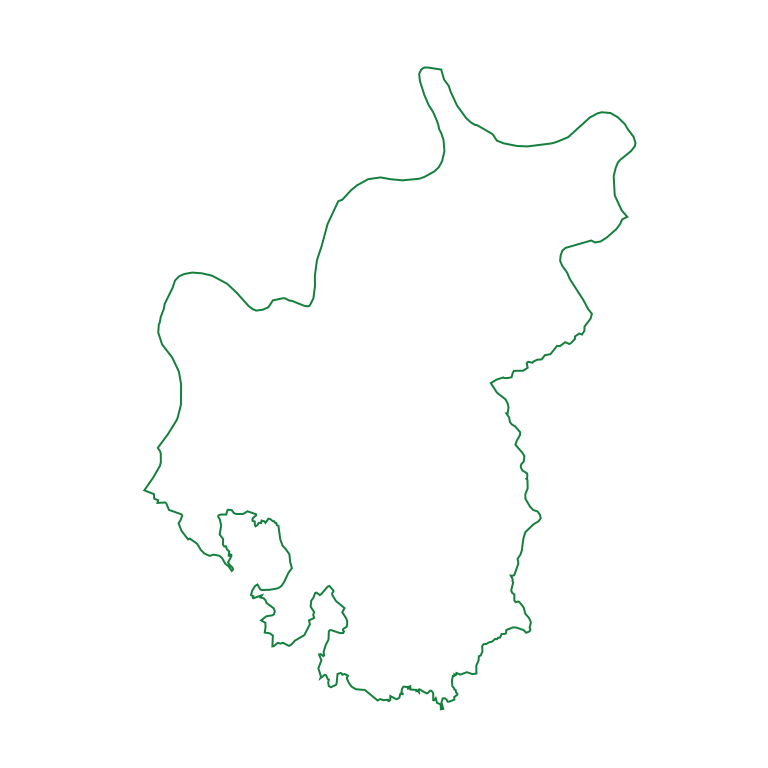 Narayanganj, Dhaka, Bangladesh (Natural Earth projection), rotated 185°
{"feature_id": "16705992B28796010313895", "entity_name": "Narayanganj", "entity_type": "district", "adm_level": 2, "iso_a3": "BGD", "parent_name": "Bangladesh", "parent_adm1": "Dhaka", "projection": "natural_earth1", "projection_center": [90.594, 23.715], "detail": "fine", "context": "isolated", "style": "outline", "palette": "green", "viewbox_px": 768, "rotation_deg": 185, "n_neighbors": 0, "source": "geoboundaries", "source_scale": "gbopen_adm2", "svg_char_len": 6082}
<svg xmlns="http://www.w3.org/2000/svg" viewBox="0 0 768 768"><g transform="rotate(185 384 384)"><path d="M603.8,300.6L601.2,297.5L600.3,295.2L599.5,286.4L600.1,282.9L605.8,270.6L613.5,257.2L603.6,254.2L602.9,249.7L598.9,248.5L599.3,245.8L591.6,246.9L590.3,245.7L587.2,239.8L574.4,236.5L573.6,235.1L574.7,230.9L576.5,227.4L573.1,220.3L565.6,212.1L564.0,213.1L556.2,208.5L552.1,202.8L548.2,199.5L542.8,197.6L538.8,199.1L533.3,198.6L530.4,196.8L526.3,191.0L523.0,188.9L519.3,184.5L518.3,186.1L519.0,188.0L521.8,190.1L523.8,192.7L521.1,199.0L521.2,200.6L522.2,200.8L523.1,199.3L523.8,199.5L523.6,203.7L526.1,205.6L527.3,208.5L528.9,208.2L530.5,210.0L530.7,215.4L534.6,219.8L533.9,228.9L535.8,234.9L537.6,237.2L537.5,238.7L535.3,239.7L529.8,240.2L529.0,244.5L528.3,245.2L524.6,245.0L522.3,242.3L519.9,241.6L512.9,242.3L508.9,245.3L500.1,243.1L499.9,242.0L502.8,239.2L503.3,237.1L502.9,236.1L500.8,235.8L500.3,232.1L499.6,231.1L497.8,232.3L496.7,234.8L494.2,234.9L494.1,237.3L491.1,236.7L490.0,235.4L487.4,239.8L485.2,239.4L483.0,237.7L481.5,237.7L480.6,236.3L479.1,236.1L478.5,234.0L476.8,233.5L473.8,220.2L470.9,214.0L467.6,211.1L463.4,206.1L461.9,198.3L459.7,192.5L462.8,187.5L466.1,178.3L468.5,174.0L470.3,172.3L472.6,171.0L479.7,169.1L487.6,168.1L489.2,168.5L492.6,173.2L494.9,171.5L497.3,166.6L498.1,162.1L495.7,161.2L496.1,159.6L495.4,159.2L487.3,162.9L488.5,160.6L485.2,160.0L483.3,158.3L481.8,155.5L474.4,151.0L473.0,148.2L473.5,145.0L474.9,143.9L481.0,142.3L485.8,137.8L481.4,135.8L480.8,131.5L481.2,126.0L476.2,125.7L472.8,123.8L472.3,112.9L471.0,113.2L467.4,116.8L464.5,116.4L462.2,117.4L455.8,114.8L453.5,116.5L450.2,120.7L441.5,126.9L436.9,138.2L438.1,142.0L433.2,144.8L434.4,148.0L433.7,150.7L437.7,155.8L437.6,161.8L435.8,164.7L434.3,169.8L433.1,170.3L429.6,168.1L428.2,169.2L422.5,177.2L420.8,178.1L416.6,174.0L416.2,173.0L417.4,170.9L417.2,169.4L412.9,163.6L403.8,157.3L405.7,153.0L401.0,146.9L400.0,144.3L399.7,141.1L400.1,138.9L403.3,136.4L403.3,134.8L402.3,134.0L402.9,132.4L406.1,132.0L415.1,134.2L416.5,134.0L417.4,132.8L417.0,124.5L419.3,119.0L420.8,111.8L420.0,108.3L420.8,107.6L423.4,109.4L425.1,108.9L422.3,103.3L424.6,95.0L421.3,87.0L421.7,85.4L417.8,89.0L416.3,88.8L414.4,85.3L413.2,84.8L413.6,81.9L412.7,78.3L410.5,77.3L405.7,80.0L405.1,81.7L405.0,91.1L402.2,92.3L401.2,92.1L400.1,90.7L397.9,91.7L394.4,90.2L395.4,88.4L395.1,86.8L392.9,83.1L389.8,79.6L385.4,77.5L376.4,77.5L362.8,68.2L360.2,69.8L357.2,69.0L352.4,69.8L352.0,68.6L351.0,68.8L350.2,69.9L350.5,73.7L344.3,71.1L343.0,71.6L341.4,72.8L340.8,76.5L338.4,76.6L338.4,77.4L339.8,78.1L339.5,81.8L338.3,84.2L334.0,84.2L333.6,82.6L332.9,82.8L332.9,84.5L331.5,85.3L330.9,81.9L325.1,82.1L325.0,80.8L323.7,81.2L322.3,79.9L322.8,82.5L322.2,83.0L314.7,79.5L313.3,80.1L311.6,82.4L310.6,82.6L309.4,82.0L308.0,80.1L307.4,73.4L306.5,73.3L305.1,75.5L303.4,71.0L299.6,69.7L299.0,64.9L296.7,65.5L299.0,71.7L298.1,75.9L295.9,76.2L294.1,75.0L292.9,73.0L291.5,73.2L286.4,75.7L286.7,78.4L283.9,80.7L283.9,81.9L285.2,82.8L286.0,85.4L287.3,85.8L287.6,87.0L289.6,88.9L290.5,94.7L289.9,99.2L288.6,99.3L288.6,100.9L287.5,100.2L286.6,100.7L286.6,102.4L282.5,101.2L276.4,104.1L270.6,102.7L266.7,103.6L267.5,111.5L265.7,116.8L265.8,121.1L264.1,121.9L262.6,126.0L263.4,131.3L262.3,133.4L259.4,134.0L257.0,135.7L253.8,136.8L251.0,139.8L249.3,139.6L248.3,141.2L246.3,141.4L245.1,145.1L241.5,145.7L240.7,146.5L240.7,149.6L234.2,152.8L231.0,152.9L223.4,151.0L220.7,148.6L217.5,150.2L216.7,152.0L217.7,153.9L216.9,158.8L217.4,160.5L219.4,163.9L223.1,167.3L225.5,173.7L230.2,178.6L231.4,179.0L233.7,178.1L235.3,179.7L235.8,185.7L238.1,187.1L239.3,189.3L238.0,197.7L238.8,198.6L238.8,200.7L241.0,204.2L239.0,204.2L237.5,205.2L234.8,215.6L234.5,217.1L235.7,221.4L233.3,225.8L232.2,230.2L231.7,242.1L230.3,248.7L223.0,257.1L217.8,261.0L216.2,264.1L217.2,267.3L219.9,270.4L224.4,271.5L227.9,274.6L233.1,282.0L233.6,286.5L231.8,292.5L232.7,300.8L233.9,302.0L233.2,302.4L233.3,306.2L233.9,307.6L238.6,309.9L240.3,312.6L240.6,314.3L240.2,316.1L238.0,319.0L237.9,324.5L240.3,327.7L247.8,334.9L246.9,338.9L244.1,344.9L244.1,347.8L249.8,353.3L253.2,354.9L255.3,357.2L256.4,361.6L259.6,365.4L258.3,365.6L257.9,371.5L258.9,375.0L261.6,379.3L270.7,385.2L277.7,394.2L272.2,398.2L265.8,400.9L264.8,400.4L261.5,400.7L257.5,401.8L256.7,406.4L255.7,408.4L246.4,409.4L242.3,412.7L243.7,417.2L242.3,418.7L237.9,418.1L237.3,419.3L233.3,421.6L229.1,422.2L226.3,426.7L220.8,428.2L214.9,437.1L212.1,437.0L207.2,441.4L202.9,440.0L201.4,441.0L197.7,445.6L198.0,447.9L193.9,451.3L191.1,450.5L189.0,454.5L189.2,458.8L183.9,467.1L183.0,472.0L187.0,476.3L192.6,484.8L208.2,505.0L211.2,510.8L216.9,517.5L219.3,522.0L219.2,527.5L218.0,532.3L215.1,535.4L190.1,545.0L186.1,543.4L180.6,544.9L174.8,549.4L165.9,558.7L162.6,564.2L161.1,568.7L156.2,571.7L162.4,577.7L170.6,592.1L173.3,611.1L172.0,619.6L170.3,625.1L168.2,627.9L158.0,637.8L154.7,643.1L154.5,646.1L157.0,652.1L163.6,659.4L166.6,663.8L174.3,670.1L182.0,673.7L190.8,673.7L195.1,672.1L202.1,667.5L222.1,645.9L233.5,640.0L238.0,638.3L261.6,633.2L272.2,632.7L285.8,634.2L292.8,636.3L297.5,642.3L313.9,650.0L315.7,650.0L320.2,652.1L325.5,656.2L335.6,667.9L343.2,681.2L345.4,686.5L350.7,692.5L354.4,702.2L367.5,703.1L371.1,702.8L372.8,701.8L374.5,700.2L376.0,696.0L374.6,688.9L369.1,675.6L363.9,665.9L358.8,659.2L354.8,651.9L352.4,646.7L351.4,642.9L348.9,639.0L346.0,632.3L344.1,621.3L345.5,611.1L348.3,604.8L352.2,600.3L361.8,593.8L366.9,591.5L383.4,588.5L395.8,588.6L405.4,589.5L417.6,586.7L428.3,579.5L433.7,574.2L441.5,564.0L445.5,562.1L454.1,538.6L458.2,515.7L461.6,501.5L462.3,485.8L461.3,475.7L461.8,463.1L464.9,455.5L466.8,454.7L470.1,454.9L483.0,458.8L485.8,458.9L489.9,460.7L491.9,460.7L502.0,457.6L505.9,450.3L511.4,447.4L517.7,446.0L521.2,447.1L525.6,449.8L538.3,461.7L549.0,470.2L564.7,476.9L575.1,478.4L584.7,478.3L592.5,476.2L597.4,473.5L601.2,468.9L603.0,461.3L609.5,444.6L609.9,439.4L612.2,431.6L612.8,425.2L613.5,424.0L613.4,415.6L608.5,404.1L597.3,391.9L589.5,378.7L586.1,366.0L584.5,345.6L586.7,332.1L587.8,329.1L594.8,315.3L603.8,300.6Z" fill="none" stroke="#15803d" stroke-width="2"/></g></svg>